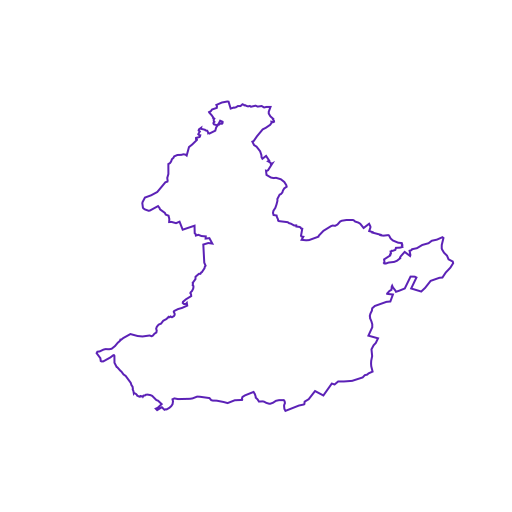 Mirsid, Salaj, Romania, rotated 160°
{"feature_id": "2599482B66658090524477", "entity_name": "Mirsid", "entity_type": "district", "adm_level": 2, "iso_a3": "ROU", "parent_name": "Romania", "parent_adm1": "Salaj", "projection": "robinson", "projection_center": [23.142, 47.219], "detail": "fine", "context": "isolated", "style": "outline", "palette": "violet", "viewbox_px": 512, "rotation_deg": 160, "n_neighbors": 0, "source": "geoboundaries", "source_scale": "gbopen_adm2", "svg_char_len": 6148}
<svg xmlns="http://www.w3.org/2000/svg" viewBox="0 0 512 512"><g transform="rotate(160 256 256)"><path d="M241.6,411.5L241.5,410.0L242.2,408.6L247.2,408.7L249.0,407.5L250.9,407.3L250.9,406.9L249.5,403.4L248.8,400.7L249.1,400.4L248.2,399.3L249.2,398.5L249.5,397.2L249.2,396.3L250.4,395.7L250.7,395.0L250.4,394.0L247.7,392.1L245.7,393.2L243.4,395.4L241.6,393.7L242.0,393.3L241.8,392.6L242.3,392.1L242.8,391.9L244.5,392.8L245.5,392.1L246.6,392.3L249.4,390.5L251.4,387.7L257.9,387.0L258.4,387.7L258.9,387.7L258.7,388.2L259.0,390.4L260.5,391.3L260.8,392.1L264.3,394.4L263.8,395.2L266.3,394.5L267.0,393.5L266.2,392.2L268.6,390.2L268.0,389.0L267.1,388.5L267.8,387.5L268.4,387.1L271.9,387.5L272.4,386.4L271.7,385.6L271.8,385.3L277.8,382.6L281.7,381.3L286.8,374.1L287.6,375.4L289.4,376.4L291.6,376.6L295.3,377.8L297.1,377.7L298.8,377.6L300.0,376.5L301.9,375.7L303.5,373.8L305.1,372.7L306.9,372.4L310.3,363.0L312.7,359.7L313.3,356.9L313.8,356.2L315.9,356.3L326.9,349.9L333.8,348.9L340.4,348.9L344.2,345.4L344.8,344.4L345.7,340.2L345.6,339.4L344.5,337.8L341.4,335.2L340.1,335.0L331.0,336.4L330.3,334.3L330.2,332.6L326.9,327.7L326.7,325.8L324.4,323.8L324.8,320.4L326.0,317.6L323.7,316.9L319.9,314.2L316.1,314.4L315.9,305.8L303.4,305.5L305.8,298.4L305.2,297.1L305.5,295.8L302.9,295.6L300.4,293.4L296.5,291.6L297.4,289.6L293.7,288.7L292.8,282.6L296.4,284.5L301.6,284.8L306.9,267.4L306.7,264.1L307.7,263.5L308.6,262.1L312.4,259.3L313.1,259.3L314.3,258.3L315.7,258.8L319.9,257.2L320.8,255.0L324.7,252.4L324.7,251.5L325.5,250.2L325.1,249.5L325.3,248.4L326.2,246.8L328.1,245.0L330.0,244.1L330.4,243.4L330.1,242.4L330.6,240.5L336.5,239.3L340.3,237.9L340.9,236.9L340.1,235.5L338.2,234.9L337.1,235.5L337.6,232.9L343.3,232.5L347.4,232.8L351.7,232.3L352.4,231.7L352.2,229.5L352.6,228.5L353.7,227.6L355.9,227.2L356.6,227.7L356.9,228.4L358.7,228.1L359.0,228.7L361.7,227.4L365.3,226.9L368.4,224.9L370.5,224.9L371.8,224.4L373.5,223.3L374.7,221.8L374.8,219.9L375.8,218.2L378.0,217.7L380.1,216.5L381.5,216.3L383.2,217.7L390.2,219.2L394.6,221.3L400.7,225.6L408.8,224.3L411.4,223.4L412.0,223.8L413.0,222.7L415.5,221.8L419.3,219.6L423.4,218.2L425.9,218.6L429.3,220.0L431.4,220.2L435.5,219.8L437.8,220.3L439.0,219.2L437.2,213.2L437.8,210.4L437.1,209.7L435.6,209.2L427.5,210.5L423.9,211.6L423.3,211.3L423.2,210.6L425.5,204.1L424.9,199.3L424.4,198.9L422.7,194.6L422.0,193.4L421.0,190.0L419.5,187.9L417.1,179.7L417.2,177.3L416.7,175.4L417.1,173.4L417.5,172.8L417.4,171.0L417.8,168.7L417.4,169.0L416.0,167.4L415.5,166.4L415.4,165.4L413.7,163.7L412.5,164.0L412.2,163.8L412.4,163.4L410.5,163.0L410.4,162.5L409.4,163.3L408.2,162.9L407.1,163.3L405.4,162.9L402.8,161.4L401.4,160.1L398.9,154.7L397.5,153.5L395.3,149.1L400.2,147.0L402.4,146.8L401.6,145.0L396.2,146.1L394.6,142.8L393.1,142.8L392.5,142.4L389.2,143.0L387.0,143.9L385.1,145.3L383.7,147.8L383.5,149.9L381.4,150.1L378.2,148.2L366.9,144.4L364.4,143.9L359.4,144.0L357.0,143.0L348.3,138.4L347.4,135.9L346.2,135.0L342.4,133.5L336.4,129.9L333.0,127.5L325.3,127.7L318.3,125.5L318.1,125.7L318.0,126.8L316.9,128.2L314.0,128.8L304.8,129.1L304.3,126.6L304.4,123.9L304.7,123.0L303.6,120.8L303.0,118.2L299.4,117.1L298.2,116.3L296.6,114.5L294.2,112.7L293.1,112.3L290.2,112.3L286.8,113.1L283.8,112.7L279.2,111.1L278.8,109.7L279.1,107.9L280.6,106.2L281.0,105.1L281.6,102.7L281.3,100.4L266.8,100.8L261.8,100.1L261.2,100.3L260.1,102.5L255.5,103.4L246.7,108.9L240.4,101.9L228.4,110.2L226.1,108.4L221.7,110.0L216.2,108.0L208.4,105.8L197.3,105.4L194.5,106.8L192.1,106.5L190.4,107.2L186.0,107.5L185.4,113.0L184.7,115.5L183.6,118.1L181.1,122.2L179.4,128.8L176.0,131.9L173.2,133.3L169.5,136.9L177.6,142.7L171.1,149.3L170.1,152.1L169.9,155.0L170.1,158.8L169.7,159.4L169.6,160.7L168.2,162.7L165.8,165.0L164.7,167.1L161.4,168.4L149.1,168.3L145.3,167.3L140.5,173.0L145.0,175.2L145.7,175.6L145.6,175.9L142.5,177.5L140.3,177.9L138.9,180.8L138.2,181.5L138.1,179.7L136.8,175.7L136.7,174.5L133.2,174.4L127.3,174.6L117.8,183.8L113.9,182.3L112.6,180.9L121.3,172.4L112.9,166.1L108.0,168.2L100.4,172.9L91.1,172.8L88.2,172.0L83.3,175.6L77.3,178.6L73.2,181.8L73.0,183.5L76.2,187.0L76.4,191.0L78.2,194.8L78.9,198.4L78.9,199.6L77.7,202.8L73.7,208.8L74.4,209.9L80.4,209.5L85.6,210.2L89.5,209.0L96.0,209.5L102.1,208.3L107.1,209.0L108.0,208.3L109.9,208.4L110.6,204.1L111.2,203.3L114.9,209.0L120.1,206.2L121.2,205.3L121.2,204.6L125.2,203.3L128.2,203.2L133.7,204.5L136.6,204.5L138.0,205.1L138.2,205.7L137.4,206.2L136.8,209.0L129.7,210.6L129.5,211.7L128.4,212.0L128.0,214.2L127.3,214.1L126.7,214.5L125.9,214.1L123.0,214.1L121.7,215.8L117.8,214.6L115.3,214.4L115.2,216.4L114.7,216.4L114.6,218.3L117.9,219.9L122.1,223.8L123.5,226.4L124.0,229.8L124.6,230.4L129.2,231.5L131.4,232.6L132.0,233.1L131.7,233.4L138.6,238.2L138.3,238.6L141.1,240.7L138.7,243.7L138.4,244.6L138.7,247.6L145.3,245.5L147.0,250.6L148.4,252.4L151.1,254.5L151.8,255.9L152.5,256.6L158.7,258.9L163.4,259.8L165.2,259.6L168.7,257.7L171.3,257.3L173.6,258.4L175.3,258.4L184.0,256.6L190.1,253.6L190.7,252.8L200.7,252.8L203.5,253.6L207.6,255.6L205.0,257.9L206.6,258.8L206.8,259.6L203.2,265.8L204.3,266.6L204.4,267.6L205.1,268.4L208.0,269.9L207.7,271.0L209.7,271.6L212.2,274.5L213.7,275.5L214.6,276.9L222.6,281.0L223.1,281.7L222.8,282.7L223.0,285.6L222.8,287.0L225.5,288.5L225.3,290.7L224.1,292.6L221.4,294.6L219.2,297.3L217.0,300.5L216.4,302.3L212.8,305.6L211.3,305.7L209.5,306.7L208.3,308.3L206.3,309.9L203.5,310.6L203.3,312.2L204.1,315.9L206.4,319.6L210.4,322.6L212.8,323.2L215.1,324.6L218.4,328.6L217.4,332.7L216.9,332.3L215.3,332.5L209.0,337.4L210.6,337.2L210.5,338.8L212.3,340.9L211.0,341.2L212.3,346.6L216.7,345.2L217.0,346.9L216.4,349.1L216.3,353.0L218.1,358.6L219.9,360.9L220.3,364.7L218.9,364.8L214.1,368.2L206.4,372.7L203.0,373.1L197.9,374.4L195.8,375.8L195.6,376.9L194.1,375.9L193.1,376.0L192.9,376.7L193.3,378.7L192.9,379.0L194.7,382.3L195.3,385.5L194.7,387.2L191.4,391.1L195.2,392.5L197.6,392.8L199.4,395.0L203.3,395.8L205.0,397.4L209.7,398.0L210.5,399.1L212.3,399.3L213.8,400.4L214.3,401.2L215.4,401.5L215.7,402.2L216.8,403.2L219.3,402.2L221.8,403.1L223.9,402.6L225.8,402.8L226.1,403.1L229.4,403.2L229.0,410.4L230.1,411.0L235.5,411.9L241.6,411.5Z" fill="none" stroke="#5b21b6" stroke-width="2"/></g></svg>